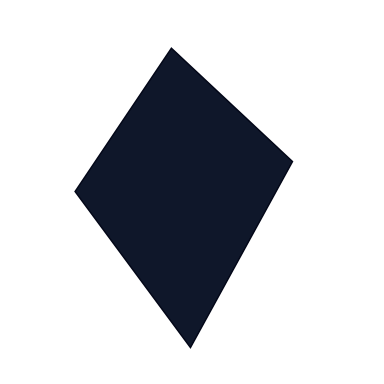 Vlahita, Harghita, Romania, rotated 62°
{"feature_id": "2599482B60669636608871", "entity_name": "Vlahita", "entity_type": "district", "adm_level": 2, "iso_a3": "ROU", "parent_name": "Romania", "parent_adm1": "Harghita", "projection": "robinson", "projection_center": [25.466, 46.352], "detail": "fine", "context": "isolated", "style": "filled", "palette": "ink", "viewbox_px": 384, "rotation_deg": 62, "n_neighbors": 0, "source": "geoboundaries", "source_scale": "gbopen_adm2", "svg_char_len": 228}
<svg xmlns="http://www.w3.org/2000/svg" viewBox="0 0 384 384"><g transform="rotate(62 192 192)"><path d="M328.6,266.4L212.3,89.0L55.4,142.7L136.7,295.0L328.6,266.4Z" fill="#0f172a" stroke="#020617" stroke-width="1.5"/></g></svg>